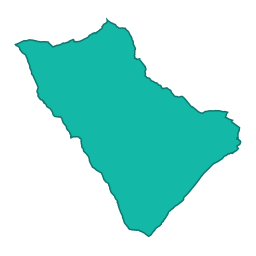 Popesti, Vâlcea, Romania (orthographic projection)
{"feature_id": "2599482B78854434160228", "entity_name": "Popesti", "entity_type": "district", "adm_level": 2, "iso_a3": "ROU", "parent_name": "Romania", "parent_adm1": "Vâlcea", "projection": "orthographic", "projection_center": [24.101, 44.98], "detail": "fine", "context": "isolated", "style": "filled", "palette": "teal", "viewbox_px": 256, "rotation_deg": 0, "n_neighbors": 0, "source": "geoboundaries", "source_scale": "gbopen_adm2", "svg_char_len": 5664}
<svg xmlns="http://www.w3.org/2000/svg" viewBox="0 0 256 256"><path d="M148.7,236.3L150.8,235.0L151.4,234.3L151.9,233.5L153.5,231.3L153.9,231.1L154.1,230.6L154.6,230.4L155.1,229.4L156.5,227.7L159.6,225.8L160.9,224.6L161.2,224.2L161.6,222.8L162.7,221.7L163.3,221.4L163.5,221.0L163.5,220.4L165.0,218.6L167.8,214.1L168.5,212.1L169.0,211.4L170.0,210.8L171.1,209.7L172.7,208.6L175.1,206.1L177.2,205.0L180.4,202.5L181.9,201.4L183.2,200.1L183.6,199.5L183.6,198.2L184.0,197.2L186.5,194.9L189.9,191.1L191.5,189.0L194.9,185.0L199.3,179.2L201.6,175.8L201.9,175.8L203.0,174.2L204.5,172.6L209.2,168.1L212.2,164.9L213.0,164.3L213.6,163.5L214.4,163.3L218.0,161.5L222.3,158.6L224.1,156.4L224.8,155.9L226.4,155.4L227.6,154.2L228.1,153.9L229.0,154.1L229.9,153.3L231.1,153.1L231.8,153.3L231.8,152.9L232.0,152.8L232.3,152.8L232.8,153.1L233.0,153.0L233.0,152.6L233.2,152.4L234.4,151.9L234.8,151.4L235.5,151.2L236.5,150.5L237.6,149.4L238.3,148.5L237.0,146.6L237.0,145.8L239.6,144.6L240.6,142.4L240.6,141.6L239.7,140.8L239.9,140.6L239.5,140.3L237.9,139.1L236.9,139.1L237.0,137.9L238.1,138.1L237.9,135.5L238.0,132.9L239.1,130.9L239.5,127.6L236.9,125.8L231.6,121.8L232.0,120.6L232.3,120.5L232.5,120.3L229.1,119.2L226.9,117.9L226.3,117.7L225.7,117.4L225.4,117.4L225.4,117.1L226.3,114.9L226.5,114.0L227.2,112.8L227.6,112.3L225.2,111.6L223.0,111.7L220.4,111.1L219.5,110.8L217.5,110.6L216.4,110.8L215.4,110.6L212.6,111.0L211.6,110.8L209.5,110.8L206.8,111.4L205.2,111.5L203.3,112.8L202.5,113.1L201.7,113.1L200.3,112.8L198.5,111.8L196.4,110.2L195.7,109.4L192.7,107.1L192.2,106.7L191.7,106.8L190.6,105.9L190.0,105.2L188.8,103.5L187.2,101.7L186.4,100.5L185.7,99.9L184.6,98.5L182.6,96.7L181.9,96.4L181.3,96.4L179.7,97.0L178.1,97.0L176.7,96.5L175.3,96.5L174.7,96.2L174.2,95.8L171.9,93.0L171.5,92.4L170.8,90.6L170.1,90.0L168.3,89.1L167.0,87.9L164.8,88.2L164.0,88.5L162.7,88.3L162.2,88.5L161.4,87.5L161.3,86.6L160.5,85.4L158.7,85.0L158.2,84.6L157.5,83.6L157.0,83.1L154.7,82.5L153.4,81.5L151.1,80.8L150.8,80.4L150.7,79.8L150.4,79.3L149.1,78.1L147.5,77.9L146.7,77.5L145.9,76.4L145.1,75.9L145.4,74.9L145.4,73.3L144.8,71.7L145.9,69.7L145.8,68.4L144.9,66.9L145.2,66.6L139.4,59.3L139.5,58.9L136.6,59.4L136.0,58.5L134.7,58.3L134.8,56.8L134.4,55.8L134.8,54.4L134.6,53.4L134.8,51.9L134.7,50.5L135.4,49.1L135.3,48.1L134.7,47.2L134.3,46.1L133.3,44.3L133.2,43.6L133.3,42.5L133.0,41.1L132.1,39.7L131.8,39.0L131.8,38.2L131.5,37.2L130.2,35.2L128.5,31.8L127.9,31.1L126.1,29.7L125.2,28.3L123.9,28.3L122.4,28.0L119.4,28.2L118.6,27.8L116.3,26.3L115.9,25.3L115.2,24.5L112.9,23.7L112.6,23.3L111.5,23.0L110.0,22.2L107.8,20.5L107.1,19.7L107.3,21.1L107.1,21.9L105.8,23.3L103.5,24.5L102.9,25.9L102.0,26.6L102.3,27.6L102.3,27.9L102.1,28.3L101.1,29.2L100.2,29.5L99.1,30.7L96.9,32.1L96.4,32.8L96.4,33.1L95.7,33.4L95.4,32.9L94.9,32.8L94.1,33.0L93.6,33.4L93.4,33.2L92.4,33.6L91.4,34.3L90.9,34.8L89.3,35.3L89.1,35.6L89.1,36.1L87.8,37.4L86.3,38.2L83.8,39.3L82.7,40.1L81.9,40.3L79.9,41.4L79.2,41.3L78.4,41.7L77.4,41.6L76.5,41.9L75.3,41.8L75.3,41.6L75.0,41.4L74.0,41.5L73.8,41.2L73.7,39.8L73.2,39.5L69.1,41.3L69.1,41.8L68.8,42.0L68.8,41.9L63.9,43.4L63.3,43.0L62.9,43.1L61.0,44.4L60.1,44.8L58.7,45.0L57.3,45.5L56.5,45.4L55.6,46.0L54.8,46.1L54.9,46.3L53.0,47.0L49.3,43.5L48.0,41.9L46.2,42.0L45.2,41.7L40.4,41.9L39.4,41.6L37.2,41.4L36.8,41.1L35.7,40.8L34.3,40.7L33.7,40.3L29.8,39.9L28.5,40.0L27.4,40.5L26.9,40.9L25.8,40.7L23.8,40.8L18.4,43.4L16.5,44.2L15.4,44.5L16.1,45.5L17.6,46.0L18.9,46.9L19.7,48.0L19.9,49.7L20.5,50.2L21.8,52.1L23.4,53.5L24.7,54.2L25.9,55.4L26.4,57.1L27.0,58.2L27.5,59.5L27.8,61.3L29.5,64.9L29.9,66.8L29.9,68.1L30.9,70.0L31.5,71.6L31.7,74.1L33.1,75.6L33.7,77.3L35.8,81.7L36.0,82.5L36.9,84.0L37.4,85.6L38.1,86.9L38.1,87.8L37.3,90.1L37.0,91.4L37.4,92.8L38.1,93.6L38.2,94.1L38.4,94.2L38.2,94.5L37.9,95.9L38.1,96.3L38.5,96.5L38.7,97.1L39.4,98.0L39.5,98.5L39.9,98.9L40.5,99.2L40.9,99.7L41.8,99.9L42.3,100.3L42.5,100.6L43.8,101.2L43.9,101.7L43.5,101.9L43.9,102.4L43.8,102.7L43.9,102.9L44.3,103.2L44.5,102.9L45.7,104.0L46.3,105.1L46.5,105.9L47.1,106.7L47.8,107.2L50.2,108.6L52.0,111.2L52.6,112.5L53.1,114.6L54.1,115.8L54.8,116.4L56.6,116.7L58.4,116.8L58.9,117.1L60.5,116.8L60.9,117.4L61.6,118.0L61.9,118.4L62.2,119.9L63.3,122.9L63.9,123.5L64.7,124.5L66.1,126.1L66.3,126.5L66.4,126.9L66.4,127.3L66.5,128.0L66.7,128.5L67.5,130.0L68.3,130.6L69.3,131.7L69.8,132.8L70.1,133.0L70.2,133.3L70.0,133.7L70.8,135.2L71.2,135.7L71.1,136.5L70.8,136.6L70.8,137.8L71.6,137.6L73.2,136.7L74.8,136.9L75.7,136.7L78.1,136.7L78.5,136.8L79.0,137.3L79.5,138.1L80.1,138.0L80.4,138.2L81.3,139.8L81.3,140.2L81.0,141.4L81.4,142.5L81.3,143.6L81.9,145.3L81.8,146.6L82.1,147.6L82.9,148.2L83.2,148.8L83.5,149.5L83.5,150.6L83.8,151.4L86.4,153.8L88.3,156.3L88.8,157.1L89.2,158.4L89.4,160.4L89.8,161.8L92.5,167.2L94.8,168.5L96.5,170.2L101.4,172.9L102.6,175.6L103.7,178.6L103.9,179.5L104.6,180.2L105.6,181.7L107.9,183.1L108.4,183.4L108.7,183.9L108.9,185.5L109.5,186.4L109.8,187.4L109.8,188.8L110.4,190.1L110.7,191.2L111.0,192.1L112.4,193.8L113.8,195.2L114.4,195.9L114.8,196.7L115.4,198.3L116.0,199.3L117.3,200.5L117.4,200.8L117.3,201.3L117.8,202.0L117.3,202.5L117.8,202.9L117.9,203.9L118.2,204.4L118.2,204.7L118.5,205.0L118.3,205.3L118.6,205.6L118.5,206.1L119.2,208.2L119.3,208.8L120.1,210.5L120.4,211.6L121.9,214.8L122.5,215.6L122.6,217.2L122.8,218.1L123.7,220.0L124.0,221.6L124.6,223.1L126.4,225.1L127.3,226.5L128.1,227.2L128.7,228.6L129.7,229.2L129.8,229.4L130.9,229.4L132.1,229.9L132.6,229.8L132.8,229.7L133.8,229.8L134.6,230.1L135.7,229.9L136.3,230.3L137.3,230.0L138.3,230.1L139.1,230.5L139.8,231.0L141.9,231.6L142.7,232.3L144.2,232.9L144.8,233.4L145.8,234.3L147.2,235.2L148.0,235.9L148.7,236.3Z" fill="#14b8a6" stroke="#0f766e" stroke-width="1.5"/></svg>